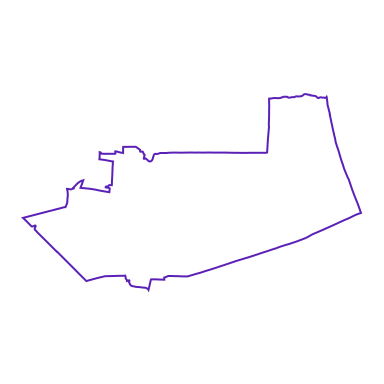 Valcele, Olt, Romania
{"feature_id": "2599482B83883169755086", "entity_name": "Valcele", "entity_type": "district", "adm_level": 2, "iso_a3": "ROU", "parent_name": "Romania", "parent_adm1": "Olt", "projection": "equal_earth", "projection_center": [24.572, 44.303], "detail": "fine", "context": "isolated", "style": "outline", "palette": "violet", "viewbox_px": 384, "rotation_deg": 0, "n_neighbors": 0, "source": "geoboundaries", "source_scale": "gbopen_adm2", "svg_char_len": 5778}
<svg xmlns="http://www.w3.org/2000/svg" viewBox="0 0 384 384"><path d="M280.2,246.7L286.5,244.7L288.5,244.2L292.7,242.8L296.3,241.6L302.9,239.1L304.8,238.4L308.5,236.6L310.3,235.5L312.3,234.4L313.9,233.7L316.0,232.8L318.8,231.6L323.0,229.8L326.3,228.3L327.3,227.9L337.2,223.4L339.9,222.1L341.8,221.3L344.3,220.1L345.5,219.6L347.7,218.7L349.2,218.0L351.2,217.1L352.9,216.2L354.1,215.6L356.6,214.5L358.2,213.9L361.0,213.0L360.6,211.8L359.4,208.5L358.8,206.7L358.4,205.7L358.1,204.7L357.7,203.8L357.0,201.9L356.5,200.8L355.3,197.8L354.8,196.5L354.5,195.8L352.1,189.4L349.7,182.2L348.8,179.6L348.2,178.3L347.9,177.9L347.6,177.4L347.1,175.9L346.4,174.3L344.9,170.7L344.5,169.7L343.8,167.8L343.5,166.7L342.8,164.4L342.2,162.9L340.3,157.0L340.0,155.7L338.2,149.7L337.7,148.4L337.0,146.3L336.5,144.8L335.9,142.8L335.8,142.6L335.5,141.1L335.0,138.2L334.2,135.3L333.8,133.2L333.0,129.9L332.5,127.5L332.4,126.8L332.0,125.0L331.6,123.3L331.4,122.2L331.2,121.4L330.7,118.9L330.1,116.2L329.8,114.8L330.0,114.7L329.7,113.3L328.7,109.4L328.5,108.4L328.1,107.0L327.6,105.2L327.5,104.4L327.3,101.7L326.9,98.9L326.8,97.5L326.6,96.9L326.3,97.3L325.9,97.6L325.7,97.7L325.3,97.9L325.0,97.9L324.8,97.9L324.2,97.6L323.9,97.6L322.1,97.6L321.1,97.3L320.8,97.3L319.8,97.4L319.3,97.7L319.0,97.9L318.7,98.0L318.2,98.1L317.5,97.7L317.1,97.4L316.8,97.1L316.5,96.7L316.2,96.5L315.9,96.3L314.9,95.9L313.9,95.8L312.7,95.7L311.3,95.4L311.0,95.4L310.6,95.4L310.6,95.2L309.6,94.9L308.9,94.7L308.1,94.7L307.6,94.6L306.5,94.2L305.7,94.1L305.1,94.1L304.5,94.2L304.1,94.4L303.4,94.8L302.7,95.5L302.3,95.8L301.6,96.1L301.3,96.2L299.5,96.4L298.6,96.5L297.9,96.4L297.1,96.4L296.5,96.3L296.2,96.3L295.7,96.5L295.0,96.8L294.5,97.0L293.8,97.2L293.4,97.2L292.8,97.1L291.8,97.2L290.1,97.6L288.9,97.6L288.3,97.6L288.0,97.4L287.7,97.2L287.4,96.9L287.1,96.8L286.6,96.8L284.1,96.7L283.3,96.8L283.1,96.9L282.8,97.2L282.6,97.3L282.0,97.3L281.9,97.3L281.6,97.4L280.9,97.8L280.5,97.9L280.1,98.0L278.5,98.2L277.3,98.1L276.1,98.1L275.1,98.0L274.4,98.0L274.0,98.0L272.9,98.2L271.9,98.4L269.9,98.6L269.1,98.6L269.1,100.9L269.2,106.9L269.1,110.8L269.1,115.0L269.0,119.2L268.9,121.9L268.8,124.0L269.0,126.7L267.9,139.6L267.2,151.1L267.1,152.5L266.5,152.7L265.6,152.8L264.7,152.8L262.4,152.8L260.6,152.8L257.5,152.8L255.6,152.8L254.2,152.8L249.9,152.8L249.3,152.8L247.3,152.9L234.4,152.8L228.9,152.7L225.1,152.6L219.8,152.6L213.1,152.6L210.6,152.5L207.5,152.5L205.6,152.6L202.9,152.6L200.7,152.6L199.2,152.5L194.9,152.6L191.1,152.5L180.9,152.7L176.4,152.6L173.2,152.6L167.6,152.8L167.4,152.9L166.6,153.0L163.9,153.0L161.7,153.0L160.4,153.0L160.2,153.0L158.9,153.5L158.5,153.6L157.6,153.9L157.0,154.0L156.2,153.9L155.0,153.9L154.4,154.3L154.1,154.5L153.9,154.9L153.7,155.5L153.5,156.2L153.2,157.0L153.0,157.6L152.8,158.7L152.5,159.3L152.0,160.3L151.6,160.7L150.9,161.2L150.7,161.4L149.1,161.4L148.9,161.3L148.5,160.9L146.9,159.5L146.2,158.9L145.5,158.4L145.2,158.5L144.9,158.5L144.7,158.7L144.4,158.7L144.2,158.8L143.9,158.8L143.8,158.7L143.8,158.4L144.5,155.2L144.7,154.9L144.6,154.7L144.4,154.6L143.9,154.2L143.7,154.0L143.6,153.7L143.6,153.4L143.1,152.5L143.0,152.1L142.7,151.7L141.1,151.7L140.7,151.7L140.4,151.7L140.2,151.6L140.1,151.1L140.1,150.2L140.0,149.8L139.9,149.7L136.1,147.0L135.8,146.8L134.6,146.8L129.3,146.8L127.0,146.9L123.2,146.9L123.1,149.9L123.1,152.9L122.9,152.8L121.3,152.7L120.6,152.6L119.4,152.3L117.4,151.7L115.7,151.3L115.3,151.3L115.2,151.5L115.4,153.4L115.4,153.6L115.2,153.7L114.9,153.8L103.6,153.8L102.2,153.7L101.7,153.7L101.4,153.6L101.2,153.4L100.8,152.6L100.4,152.4L99.7,152.2L99.7,154.5L99.6,156.8L99.4,159.3L101.4,159.5L105.4,160.1L111.7,161.3L112.3,161.3L112.7,161.4L112.9,161.5L113.0,161.5L112.9,162.1L112.9,162.4L112.8,163.4L112.8,164.8L112.6,166.5L112.4,172.2L112.3,174.9L112.0,180.5L111.8,185.2L109.2,185.1L108.6,185.9L108.3,186.2L108.0,186.4L107.4,186.5L106.5,186.4L106.3,186.4L106.1,186.7L105.6,187.2L105.7,187.4L105.8,187.5L107.4,187.6L108.6,187.9L109.7,188.4L109.6,189.9L109.5,190.7L109.3,192.2L99.8,190.6L95.7,189.7L92.1,189.1L89.3,188.7L81.9,188.0L80.5,187.8L80.8,186.9L81.2,186.0L82.0,183.9L82.8,181.6L83.0,180.9L83.2,180.3L81.4,180.9L80.3,181.4L79.5,181.9L78.5,182.6L77.4,183.5L76.7,184.2L74.8,186.2L74.6,186.5L74.2,186.8L73.3,187.7L73.6,187.9L73.8,188.2L73.8,188.4L72.1,189.0L71.4,189.2L70.8,189.4L70.6,189.4L70.0,189.3L67.9,188.9L67.0,188.9L67.1,189.5L67.4,190.6L67.6,191.6L67.7,193.3L67.8,194.1L67.8,195.5L67.7,196.5L67.5,197.9L67.3,201.6L67.2,202.6L66.9,203.7L65.6,206.8L65.5,207.1L65.1,207.1L64.9,207.1L63.9,207.3L23.0,217.9L26.6,221.3L31.3,226.1L31.7,226.3L31.9,226.5L32.4,226.5L32.8,226.4L33.9,226.0L34.9,225.5L35.3,225.5L35.5,225.6L35.6,225.9L35.6,226.2L35.5,226.7L34.9,228.1L34.7,228.6L34.7,228.9L34.7,229.4L35.0,229.8L36.9,231.7L37.1,232.1L45.1,240.0L56.9,251.8L57.1,251.7L86.4,281.1L88.2,280.5L95.2,278.6L96.7,278.2L99.2,277.6L105.1,276.2L117.5,275.9L119.7,275.8L121.6,275.8L122.6,275.8L123.5,275.8L125.2,275.6L125.5,276.4L125.6,277.8L125.7,278.3L125.8,278.6L126.7,279.9L127.0,280.1L127.0,281.0L128.5,280.5L129.1,280.3L129.4,280.6L129.3,281.2L129.1,281.6L129.1,282.4L129.5,283.1L129.6,283.6L130.3,284.7L130.7,285.4L131.1,285.6L132.0,286.0L134.4,286.5L135.6,286.8L136.5,286.9L137.7,287.1L138.8,287.0L142.2,287.5L144.1,287.6L145.0,287.7L145.9,287.9L146.2,288.0L147.2,288.6L147.8,289.0L148.3,289.6L148.5,289.9L150.6,280.9L150.8,280.0L151.1,279.5L151.2,279.3L152.9,279.4L154.3,279.3L155.4,279.3L158.6,279.5L164.3,279.7L164.2,277.6L166.2,276.9L168.2,276.0L172.4,276.0L173.7,276.1L175.8,276.1L183.3,276.4L187.5,276.4L188.0,276.3L197.1,273.6L200.8,272.6L206.2,270.8L207.2,270.5L208.9,270.0L210.3,269.6L215.2,268.0L236.5,260.9L249.4,257.0L255.3,255.1L262.4,252.7L265.6,251.7L274.6,248.7L275.9,248.4L277.4,247.7L279.0,247.2L280.2,246.7Z" fill="none" stroke="#5b21b6" stroke-width="2"/></svg>